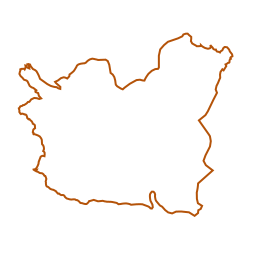 the district of Garnic, Caras-Severin, Romania, rotated 177°
{"feature_id": "2599482B142541919189", "entity_name": "Garnic", "entity_type": "district", "adm_level": 2, "iso_a3": "ROU", "parent_name": "Romania", "parent_adm1": "Caras-Severin", "projection": "equal_earth", "projection_center": [21.779, 44.757], "detail": "fine", "context": "isolated", "style": "outline", "palette": "amber", "viewbox_px": 256, "rotation_deg": 177, "n_neighbors": 0, "source": "geoboundaries", "source_scale": "gbopen_adm2", "svg_char_len": 5381}
<svg xmlns="http://www.w3.org/2000/svg" viewBox="0 0 256 256"><g transform="rotate(177 128 128)"><path d="M224.5,91.5L224.5,91.4L224.3,91.2L223.0,90.3L221.6,90.7L221.8,90.4L221.9,90.1L221.9,89.6L221.0,89.2L220.5,89.1L218.5,87.7L217.7,87.5L216.9,87.4L216.3,87.3L215.6,86.9L214.7,86.0L214.2,85.1L213.9,84.6L213.1,84.4L212.7,83.3L212.2,81.4L213.0,78.9L212.8,77.9L212.9,77.1L212.8,75.4L212.5,74.4L212.2,73.9L210.7,73.2L209.5,72.0L208.7,71.2L206.7,70.4L205.8,70.2L204.6,69.5L203.0,68.4L202.7,67.6L201.8,66.7L201.2,66.0L200.4,66.2L199.6,65.5L199.1,65.0L198.2,64.5L196.8,64.5L195.8,64.3L194.8,63.2L194.6,62.5L193.8,61.7L193.4,61.3L192.8,60.8L191.6,60.4L189.9,59.8L188.2,59.5L187.1,59.6L185.6,59.6L184.5,59.4L183.5,58.7L182.8,58.7L182.2,58.5L180.7,57.2L179.5,55.7L178.8,55.5L177.9,55.4L176.1,54.7L174.6,54.3L173.3,54.3L172.3,55.1L171.3,56.0L170.6,57.1L169.8,57.1L166.0,58.0L163.4,57.0L161.9,56.4L160.6,56.4L158.8,56.5L157.1,56.6L154.9,55.9L154.2,55.8L153.0,55.5L151.7,55.4L150.5,55.3L149.2,55.2L147.9,55.0L146.7,54.7L145.5,54.4L144.9,54.2L144.3,54.1L143.1,53.7L141.5,52.4L139.3,52.5L137.8,52.7L136.3,52.8L135.4,52.8L134.1,52.8L133.2,52.7L132.4,52.5L131.5,52.3L130.6,52.0L129.8,51.7L129.0,51.2L126.2,51.3L123.4,51.4L120.5,51.3L117.7,51.1L111.9,48.6L111.3,48.2L110.7,47.7L110.2,47.2L109.8,46.6L108.4,46.3L107.4,47.6L107.6,50.2L109.3,54.0L109.4,54.3L109.6,55.9L109.7,57.4L109.7,59.0L109.5,60.5L109.1,61.3L108.6,62.0L108.1,62.6L107.4,63.2L105.8,63.0L104.8,61.7L104.4,60.2L104.5,59.4L104.6,58.6L104.6,57.8L104.5,57.0L104.4,56.1L104.3,55.4L104.2,54.9L103.9,54.1L103.5,53.4L100.2,49.0L98.0,47.6L95.2,44.1L92.3,41.6L88.4,40.4L84.3,42.0L79.1,41.8L71.5,40.6L66.1,36.8L62.5,39.4L62.1,42.2L59.6,43.4L58.1,46.4L62.1,49.2L62.9,53.6L62.7,59.9L62.1,62.2L61.6,64.4L61.2,66.7L60.9,69.0L45.6,81.2L52.2,86.8L54.3,91.3L52.0,96.7L47.1,105.2L46.0,110.5L46.6,115.5L47.6,117.3L56.8,131.9L50.0,136.8L47.4,140.5L41.2,151.8L37.3,158.5L38.4,161.9L37.4,165.4L35.8,168.2L34.4,171.2L33.3,173.3L33.3,176.5L32.7,179.1L30.7,181.7L29.5,180.6L26.6,184.7L27.3,186.4L26.0,186.9L24.7,187.8L23.5,188.0L23.2,188.5L23.1,189.9L22.6,191.3L21.6,191.7L22.0,192.9L21.3,193.6L20.0,194.1L20.0,195.1L20.3,196.3L21.2,197.6L22.3,199.1L22.9,201.0L23.6,201.9L24.8,203.4L26.7,203.8L27.4,203.8L27.6,203.5L28.7,202.7L29.7,200.7L31.5,199.7L32.2,198.6L33.4,199.3L35.1,199.7L35.3,199.9L35.9,200.8L36.0,201.3L36.1,201.7L36.9,201.7L37.3,201.7L38.5,202.3L38.9,203.1L39.4,204.0L40.7,205.5L41.4,206.5L41.2,204.9L41.1,204.1L42.0,203.4L43.5,203.0L44.2,203.0L46.9,203.9L48.4,204.8L49.8,205.8L50.8,206.9L50.8,206.7L50.8,206.1L52.7,206.0L53.7,206.0L55.1,206.1L56.0,206.9L57.2,207.6L59.5,209.1L59.9,210.0L60.6,211.4L60.2,213.7L60.1,215.7L62.3,217.7L63.5,219.1L65.2,219.2L67.8,218.5L69.0,216.7L73.4,214.9L83.6,212.0L87.7,208.9L91.7,204.8L93.4,198.6L94.0,186.8L94.9,185.5L97.7,185.4L101.2,183.9L104.8,181.0L105.1,180.6L106.2,179.2L107.3,177.7L108.3,176.1L109.1,174.5L110.3,174.6L111.4,174.9L112.4,175.2L113.5,175.6L117.0,175.4L123.8,172.1L129.4,168.4L131.2,166.9L132.1,167.3L133.1,167.8L133.4,168.0L135.7,169.6L136.6,170.2L137.9,171.9L138.1,173.8L138.3,176.3L139.0,179.5L140.4,182.1L142.5,183.9L143.4,192.1L144.7,195.9L146.8,197.4L154.3,197.5L155.7,198.0L157.2,198.4L158.6,198.8L160.1,199.1L162.5,198.5L163.4,198.0L164.3,197.5L165.1,196.9L165.9,196.2L166.6,195.5L168.0,194.9L169.2,194.9L170.4,194.8L171.5,194.7L172.6,194.5L173.7,194.2L174.3,194.0L175.7,193.0L176.3,191.8L177.1,190.6L177.9,189.4L178.7,188.3L179.3,187.6L180.8,186.4L182.2,185.4L183.6,184.5L183.9,182.7L186.1,180.6L186.9,181.1L187.8,181.5L188.7,181.8L189.6,182.0L192.3,181.3L195.5,179.1L198.4,177.9L197.6,176.7L193.4,172.6L193.6,170.6L194.5,170.9L195.5,171.3L196.3,171.8L197.0,172.5L198.6,172.7L200.1,173.1L201.6,173.6L203.0,174.1L206.3,176.1L213.3,181.7L213.9,183.7L214.6,185.6L215.5,187.6L216.4,189.4L217.1,190.1L217.8,190.7L218.8,191.3L219.8,191.8L221.9,194.8L222.2,195.7L222.5,196.5L224.2,197.1L225.0,196.9L224.8,196.6L223.9,195.8L223.5,194.6L223.4,192.6L225.0,193.4L225.8,194.2L226.5,195.6L227.2,195.8L227.0,194.7L227.3,193.3L228.1,191.9L228.6,192.6L229.7,192.6L231.5,192.6L232.0,192.4L232.5,192.2L232.3,191.5L233.0,189.9L233.6,187.7L232.5,185.4L230.8,183.7L229.4,181.7L226.8,180.7L225.9,179.8L224.0,175.2L222.2,173.7L220.4,172.9L217.6,170.5L218.6,169.7L218.4,168.7L215.9,167.6L215.3,164.7L213.2,162.1L215.1,161.6L217.4,162.5L220.1,162.9L223.2,161.6L225.1,159.3L226.0,159.3L226.8,159.1L227.0,158.8L227.3,158.4L228.2,157.7L230.5,156.4L231.8,156.3L232.2,155.8L233.0,155.5L234.0,155.4L234.6,155.1L235.1,154.0L236.0,153.4L235.5,151.0L235.7,149.7L235.4,149.3L234.9,148.2L234.2,147.5L233.2,147.9L232.3,147.8L231.6,147.3L231.0,147.3L230.1,146.7L229.5,146.8L228.7,146.0L228.2,144.3L228.2,143.4L227.0,142.0L226.6,142.3L225.9,142.0L225.3,141.1L223.9,139.8L223.1,138.4L222.9,137.3L222.7,137.2L221.3,136.3L220.9,135.7L220.8,134.7L220.9,133.8L220.8,132.7L221.5,132.2L222.1,131.9L222.6,131.4L223.1,129.6L223.3,128.8L222.6,128.0L222.9,127.2L222.6,126.7L222.3,126.7L221.9,126.8L219.9,126.0L218.0,125.1L216.5,124.1L215.2,122.1L214.7,120.6L214.7,119.1L214.7,117.4L214.6,116.2L213.6,115.1L213.1,113.4L213.0,111.3L213.9,109.4L213.3,109.0L212.6,107.9L212.6,106.9L212.6,106.0L212.9,104.2L214.5,104.7L215.3,104.6L216.0,104.3L216.7,103.9L218.9,99.0L219.3,96.8L219.7,96.0L220.1,95.1L220.6,94.2L221.1,93.4L221.7,92.6L222.2,92.2L222.7,91.9L223.2,91.6L224.5,91.5Z" fill="none" stroke="#b45309" stroke-width="2"/></g></svg>